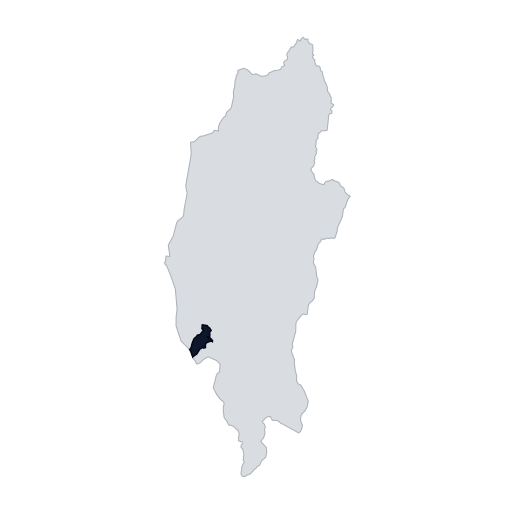 location of Ulaanbadrax, Dornogovi, Mongolia, rotated 93°
{"feature_id": "93677404B39567597499991", "entity_name": "Ulaanbadrax", "entity_type": "district", "adm_level": 2, "iso_a3": "MNG", "parent_name": "Mongolia", "parent_adm1": "Dornogovi", "projection": "robinson", "projection_center": [110.399, 43.942], "detail": "fine", "context": "in_parent", "style": "filled", "palette": "ink", "viewbox_px": 512, "rotation_deg": 93, "n_neighbors": 0, "source": "geoboundaries", "source_scale": "gbopen_adm2", "svg_char_len": 5089}
<svg xmlns="http://www.w3.org/2000/svg" viewBox="0 0 512 512"><g transform="rotate(93 256 256)"><path d="M36.7,215.4L38.4,215.4L41.0,213.8L41.5,211.6L42.4,210.4L48.5,209.8L51.2,210.4L51.7,209.1L52.3,208.9L53.6,210.0L55.0,209.5L56.1,209.0L57.1,207.4L59.1,207.6L62.9,205.8L63.1,202.6L64.5,201.8L67.7,201.2L68.3,199.7L69.0,199.3L71.4,198.9L75.5,197.3L77.4,197.1L79.0,195.7L82.8,193.9L88.2,193.0L88.7,192.1L93.9,189.2L99.2,189.0L100.8,186.5L101.7,186.3L105.0,189.2L106.6,188.9L107.2,187.7L109.4,187.7L110.1,189.8L111.3,190.7L126.7,191.5L127.1,192.2L127.6,197.2L130.2,199.4L130.8,200.5L135.1,200.2L137.4,202.0L141.1,201.9L143.0,202.4L146.7,200.7L147.6,200.7L148.6,201.6L150.4,200.9L153.7,202.6L156.3,202.3L157.5,203.0L159.1,202.4L162.8,202.9L165.7,205.6L167.7,205.4L170.3,203.6L171.0,202.4L174.7,201.8L176.8,200.7L178.2,199.6L180.5,195.8L181.2,191.9L179.4,191.3L177.9,190.0L177.2,187.9L177.2,186.4L175.6,184.2L175.8,183.1L177.0,181.2L177.7,178.1L179.1,176.3L181.6,175.4L181.9,174.2L183.6,171.8L187.6,170.4L190.0,167.7L191.4,165.0L193.1,166.4L198.0,168.3L202.1,169.2L204.7,171.2L212.0,171.7L224.0,176.3L226.5,176.1L233.7,178.0L234.3,178.7L234.0,182.1L234.6,183.1L234.7,186.9L235.9,188.7L235.4,191.0L236.1,191.7L237.8,192.0L240.6,194.4L247.0,196.0L248.9,197.5L253.3,198.6L255.6,197.9L259.4,198.3L260.7,198.0L263.2,196.2L264.7,195.7L273.3,194.3L275.6,193.1L277.2,192.9L283.9,194.0L288.4,195.7L295.1,195.6L298.2,197.6L299.5,199.4L302.1,201.1L311.4,201.8L311.8,202.2L311.6,206.3L312.0,206.9L317.9,211.3L320.7,212.6L329.2,212.4L342.4,215.2L345.5,214.4L348.3,215.8L349.3,215.7L357.9,212.0L359.2,212.3L368.0,210.9L373.7,209.0L377.9,209.1L381.3,207.5L382.7,204.4L388.2,200.8L397.9,196.3L404.0,197.0L407.6,198.6L411.3,201.8L413.5,202.7L417.4,203.0L423.0,200.7L425.9,201.3L428.7,202.3L430.5,204.0L422.2,221.0L422.1,222.0L419.4,225.5L419.1,231.2L415.6,233.2L416.1,236.4L416.9,237.6L420.9,240.9L422.2,240.5L423.3,239.1L425.4,237.9L429.3,238.3L432.7,237.7L437.0,238.8L441.0,241.5L446.5,235.7L451.7,235.0L456.5,235.8L460.3,239.7L464.8,241.5L466.0,243.7L467.8,244.6L468.4,245.7L473.9,250.2L475.1,253.1L476.7,255.2L476.8,257.4L476.5,258.4L474.3,259.6L466.7,259.0L462.2,256.9L460.6,258.1L454.8,257.7L451.6,258.5L449.4,259.3L448.1,260.8L447.1,261.1L446.1,261.0L444.3,259.9L442.8,259.9L442.4,260.2L441.5,263.8L436.6,263.8L434.9,263.3L430.8,265.0L430.2,266.4L428.1,268.4L426.2,272.0L426.6,273.6L426.0,274.6L422.4,276.5L419.0,279.4L411.7,280.6L408.3,280.8L405.8,280.1L403.3,280.6L401.4,283.8L396.7,287.8L389.9,291.8L377.5,289.4L375.9,288.8L373.3,286.3L366.1,286.2L364.1,287.9L362.3,290.4L359.2,298.4L362.1,303.0L365.4,306.0L366.7,308.1L366.8,309.9L364.5,310.7L361.3,313.7L353.7,316.4L345.1,326.3L330.0,332.2L320.7,332.6L313.4,332.0L293.4,334.8L280.5,340.0L270.8,344.5L268.7,346.6L267.7,347.0L266.0,346.1L260.8,345.9L260.9,342.0L249.6,344.2L240.6,339.8L227.7,337.1L225.1,336.1L220.8,331.1L218.5,330.4L212.8,330.2L197.1,328.0L189.7,329.9L157.8,326.0L146.0,327.3L145.6,326.8L145.1,323.6L139.9,318.7L139.2,317.5L139.1,315.6L135.3,305.7L132.6,304.2L133.2,300.0L128.9,300.3L124.3,298.7L119.6,295.8L117.5,293.6L114.1,293.0L110.2,289.1L108.3,288.3L98.2,286.7L93.0,287.2L87.6,286.2L81.4,286.0L79.5,285.2L77.6,285.3L74.1,283.6L71.7,283.9L69.2,278.3L70.3,274.7L71.7,272.6L74.9,269.4L74.9,268.2L74.0,265.4L76.2,260.3L75.9,257.1L74.6,253.6L72.6,252.7L70.0,247.8L69.4,244.1L68.4,241.4L65.4,239.9L64.6,237.6L63.7,237.4L62.9,238.2L61.1,238.5L59.3,237.1L58.4,235.4L57.3,235.0L55.3,235.1L53.4,235.8L51.4,235.4L49.7,233.9L45.3,231.7L45.4,230.0L44.8,228.8L43.4,228.5L42.1,227.3L37.8,225.9L37.8,225.1L39.2,223.3L36.2,221.8L35.2,220.2L37.2,218.2L36.6,216.8L36.7,215.4Z" fill="#d9dde1" stroke="#a8b0b8" stroke-width="1"/><path d="M343.4,294.4L343.3,294.6L343.2,294.7L343.1,294.9L343.0,295.0L342.8,295.1L342.6,295.3L341.8,295.8L341.3,296.4L341.0,296.7L340.6,297.3L340.6,298.5L340.2,299.2L340.0,300.0L339.1,300.2L339.2,298.0L338.5,298.0L337.7,298.0L336.6,298.0L334.4,298.3L332.8,296.9L330.6,298.3L330.5,298.5L330.4,298.5L330.1,299.0L329.8,299.5L329.7,299.8L328.1,301.0L327.8,303.3L327.5,306.0L328.3,306.1L331.4,306.2L332.9,304.6L337.4,307.8L337.6,308.7L338.1,310.4L339.8,311.3L340.8,312.6L342.2,313.7L345.0,314.7L347.4,315.4L350.6,315.9L351.8,316.6L353.1,317.4L353.5,316.9L353.9,316.6L354.0,316.6L354.2,316.4L354.3,316.4L354.5,316.1L354.8,316.0L355.7,315.8L356.0,315.5L356.8,315.3L357.3,315.1L357.8,314.9L358.1,314.8L358.3,314.8L358.5,314.7L359.2,314.1L359.8,313.8L360.0,313.8L358.1,311.5L357.0,310.0L353.7,308.2L351.6,306.9L351.2,306.1L350.6,305.2L350.3,304.6L350.7,303.4L350.1,301.7L347.1,301.9L346.8,301.8L346.5,301.7L346.4,301.7L346.2,301.6L346.1,301.4L345.9,301.4L345.7,301.2L345.4,301.0L345.2,300.8L345.0,300.6L344.9,300.4L344.8,299.9L344.7,299.7L344.5,299.4L344.4,299.2L344.2,298.9L344.1,298.6L344.0,298.3L344.0,298.2L343.9,298.1L343.8,297.9L343.8,297.7L343.7,297.6L343.6,297.3L343.6,297.2L343.5,296.9L343.5,296.7L343.5,296.3L343.5,296.1L343.4,296.0L343.4,295.9L343.4,295.7L343.4,295.4L343.5,295.3L343.4,295.3L343.4,295.2L343.5,295.1L343.4,294.7L343.4,294.4L343.4,294.4Z" fill="#0f172a" stroke="#020617" stroke-width="1.5"/></g></svg>